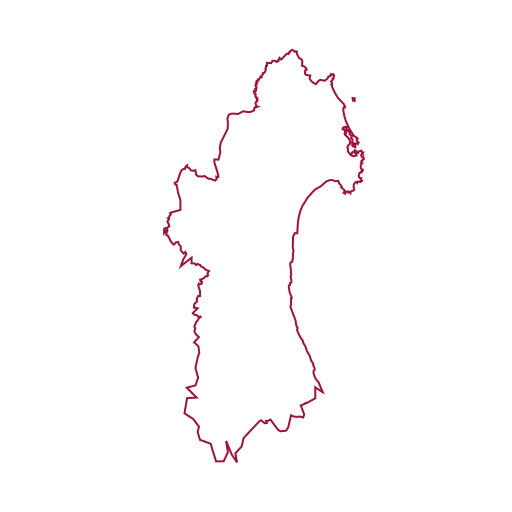 the district of West Coast, Western Cape, South Africa, rotated 193°
{"feature_id": "47623444B37444115609272", "entity_name": "West Coast", "entity_type": "district", "adm_level": 2, "iso_a3": "ZAF", "parent_name": "South Africa", "parent_adm1": "Western Cape", "projection": "mercator", "projection_center": [18.155, -32.059], "detail": "fine", "context": "isolated", "style": "outline", "palette": "rose", "viewbox_px": 512, "rotation_deg": 193, "n_neighbors": 0, "source": "geoboundaries", "source_scale": "gbopen_adm2", "svg_char_len": 6141}
<svg xmlns="http://www.w3.org/2000/svg" viewBox="0 0 512 512"><g transform="rotate(193 256 256)"><path d="M348.3,321.3L349.4,310.8L351.7,309.1L350.7,307.5L349.4,307.6L346.1,300.0L342.3,293.6L340.0,283.9L349.0,279.0L349.4,278.1L348.6,277.7L348.4,276.9L349.5,275.1L349.3,273.4L350.2,273.0L349.1,272.1L350.1,269.7L348.5,267.6L347.7,268.1L348.2,267.3L347.2,265.4L348.9,263.3L350.8,262.8L351.6,261.4L350.7,257.7L348.7,262.2L348.1,261.2L348.4,256.4L346.4,256.0L341.9,250.6L338.6,248.6L336.9,251.4L335.0,252.1L333.9,250.2L331.4,248.2L330.7,244.7L327.1,242.1L325.7,244.0L324.3,242.2L326.0,236.6L327.0,229.1L318.4,239.9L317.2,234.4L314.3,235.0L312.5,233.7L310.9,235.3L309.7,234.6L308.4,234.7L307.4,233.5L304.9,233.0L301.8,231.3L298.4,230.8L299.3,228.5L299.1,227.3L298.4,226.6L299.0,226.1L298.8,225.3L300.6,224.8L302.1,222.3L304.0,221.3L304.2,220.2L305.0,220.2L304.5,219.2L303.8,219.5L303.7,218.7L302.7,218.5L302.8,216.6L304.3,215.8L305.5,216.2L305.8,214.6L302.6,209.0L301.5,204.4L303.5,203.9L304.1,200.9L303.2,198.5L305.4,195.1L304.8,191.8L301.1,191.9L304.8,186.1L302.9,184.9L300.1,185.0L298.0,183.3L296.8,184.5L296.2,184.2L297.7,182.5L298.2,180.3L299.5,178.1L300.2,173.1L298.8,171.8L299.2,170.2L298.9,168.5L296.9,166.1L293.4,164.2L296.9,157.9L291.9,155.2L289.5,149.2L290.0,143.9L289.8,133.3L285.0,124.3L285.9,116.3L293.8,112.1L282.0,104.7L291.2,102.0L290.3,86.6L280.6,83.1L273.2,76.9L273.3,71.5L269.3,64.3L258.0,62.9L248.7,46.9L241.3,48.7L239.3,58.5L243.5,69.1L235.0,57.1L228.1,50.6L231.7,59.1L227.1,67.3L227.1,75.9L215.4,96.0L214.1,97.1L209.9,95.0L207.9,95.7L209.1,97.6L207.4,98.0L205.1,99.8L195.5,91.7L193.0,90.7L187.4,92.5L186.1,96.1L186.0,108.7L183.7,108.1L179.6,108.5L177.4,109.4L173.7,109.3L173.4,112.5L178.7,120.4L175.2,122.9L174.6,124.1L173.5,124.1L166.2,130.7L168.7,141.4L162.2,138.9L160.3,138.3L166.8,147.3L169.2,148.8L171.8,151.7L173.8,155.2L174.0,157.4L173.3,158.1L173.5,159.6L175.8,162.7L175.9,163.8L178.8,166.6L181.1,170.7L184.8,174.6L187.7,179.2L190.3,181.8L191.3,183.9L193.9,186.1L198.2,191.3L199.5,193.5L199.1,195.2L200.8,196.8L203.2,202.5L210.9,213.9L211.2,215.1L210.8,215.9L212.3,222.6L211.7,223.2L215.4,228.9L217.2,233.6L217.2,234.9L216.4,235.4L216.6,237.6L215.6,238.2L215.6,238.9L217.8,244.5L217.4,246.0L218.5,248.0L218.6,249.5L220.9,255.7L220.8,257.4L219.3,258.7L219.8,260.1L219.4,261.2L220.6,267.1L220.5,269.2L222.1,272.7L224.2,282.7L223.4,287.0L220.9,287.4L222.5,296.8L223.1,303.2L222.9,310.1L222.0,315.4L218.6,325.0L213.6,333.9L208.4,338.7L204.3,344.4L201.8,346.2L198.9,347.2L195.3,346.7L192.7,347.7L191.2,345.4L188.2,343.2L187.9,342.3L188.3,342.0L184.4,340.0L184.0,339.2L184.5,338.7L184.3,338.1L184.7,337.3L183.8,337.4L183.2,336.8L182.5,338.7L181.1,339.7L180.3,339.5L180.2,338.7L179.1,339.3L178.1,338.5L178.2,340.1L175.3,342.2L175.3,343.1L176.6,345.6L176.7,348.0L176.2,349.7L174.7,350.7L173.9,350.0L173.7,351.4L172.3,351.3L171.4,352.2L170.8,351.8L170.5,352.7L169.7,352.9L170.2,353.9L171.7,354.9L171.5,355.4L172.2,355.2L173.5,356.2L174.0,357.8L173.8,360.3L171.9,361.2L171.8,361.7L172.4,362.2L171.1,363.3L171.3,364.1L172.2,364.0L173.5,365.1L174.1,366.6L174.4,368.9L173.5,369.9L174.1,370.4L173.8,371.1L174.5,371.1L174.1,372.5L173.5,372.5L174.3,372.8L172.7,374.7L173.5,376.4L174.7,375.9L176.2,377.6L175.8,379.2L174.7,379.1L175.5,380.3L175.1,380.9L176.0,380.8L177.0,382.4L180.0,380.6L179.6,379.5L180.9,378.9L183.3,380.0L183.5,380.9L182.8,381.1L183.5,381.4L183.8,380.2L182.8,378.7L182.2,379.1L181.0,378.4L181.4,377.0L180.8,376.5L183.2,375.1L186.3,375.6L184.9,379.8L186.4,376.6L187.8,376.7L190.0,378.7L190.6,381.3L191.4,382.2L191.1,384.5L189.7,386.6L190.2,389.3L193.3,392.4L196.5,394.1L197.3,395.5L196.5,396.9L197.2,397.5L196.4,397.7L195.9,397.0L195.8,398.0L197.9,398.6L198.2,398.9L197.8,399.1L198.7,399.7L198.3,399.4L198.7,399.0L200.2,399.1L200.0,400.7L198.4,401.9L197.0,402.1L196.5,401.4L196.5,400.3L193.7,398.5L192.1,396.6L192.1,395.7L189.4,394.4L190.0,392.3L188.2,391.4L187.8,388.7L188.2,388.1L187.2,387.7L184.7,388.0L185.1,387.3L187.2,387.0L186.9,386.2L187.2,385.8L186.2,385.7L186.2,384.7L183.7,384.4L184.4,387.5L183.0,388.5L182.1,388.1L182.2,388.9L181.5,389.5L183.7,390.9L184.1,392.2L183.5,392.7L183.5,393.5L187.2,394.9L188.4,395.8L193.3,400.6L198.3,406.9L201.1,411.6L203.8,417.7L204.1,420.2L202.8,420.6L202.7,421.8L203.4,421.9L204.4,423.6L211.6,428.4L215.6,432.4L220.1,438.2L220.5,440.2L221.1,440.3L220.7,441.6L222.1,442.9L220.9,444.9L221.3,445.9L220.6,446.0L220.4,446.9L220.5,449.6L221.9,450.5L222.3,449.8L223.9,450.1L223.8,448.3L225.9,447.1L225.8,446.2L226.9,444.0L228.5,442.2L233.1,442.1L234.6,440.4L236.3,436.9L239.5,437.8L242.1,439.3L243.8,441.2L243.7,444.0L248.1,443.7L249.4,444.8L249.8,448.2L248.6,448.8L249.2,450.3L252.6,451.8L253.9,451.7L254.9,457.0L256.9,458.4L258.0,458.2L259.7,459.9L261.8,462.3L262.1,464.4L263.6,464.4L264.2,463.7L266.9,465.1L268.5,463.8L268.8,462.2L269.4,462.3L269.7,460.1L271.4,460.2L275.7,453.1L277.7,454.3L277.9,452.4L278.3,452.3L278.0,450.8L279.8,449.7L280.5,450.5L283.8,450.0L284.6,447.3L288.8,446.7L288.0,444.0L289.0,443.5L288.6,441.6L289.0,440.6L288.3,439.6L288.8,436.8L290.5,435.7L289.9,434.9L291.1,433.2L290.7,431.5L292.2,431.5L292.0,430.4L293.0,428.6L293.6,428.5L293.1,427.6L294.7,426.9L294.3,426.2L294.8,425.3L293.8,424.9L294.9,423.2L294.0,422.6L294.7,421.6L293.2,420.0L294.4,418.7L293.4,418.3L293.2,417.0L293.8,416.3L295.1,416.4L295.2,415.6L294.3,415.3L294.3,414.5L293.3,414.2L293.5,413.6L292.6,413.1L292.7,411.6L291.9,411.3L291.6,410.4L290.3,410.2L290.6,409.3L289.6,408.5L290.2,407.8L289.8,406.7L290.8,405.9L290.8,404.4L289.4,402.7L289.8,401.9L288.1,401.8L290.8,400.1L290.7,397.4L293.3,395.4L295.5,394.5L301.1,394.1L305.3,390.4L311.4,389.4L314.3,387.6L314.8,383.4L313.5,380.2L312.2,373.6L315.8,358.5L315.6,353.2L314.1,349.2L314.2,341.5L318.2,340.8L317.8,338.2L311.1,326.6L310.5,324.4L312.5,324.4L311.7,322.0L312.8,320.2L317.6,321.0L319.8,320.6L324.3,322.4L326.1,321.4L330.3,320.6L332.6,321.7L334.3,326.0L335.9,325.0L338.6,324.7L341.1,326.7L343.2,327.2L343.5,328.8L344.8,327.2L344.7,324.9L345.7,324.8L347.3,323.5L348.3,321.3ZM194.8,429.3L194.7,430.0L195.9,431.4L195.6,431.8L197.4,431.7L196.5,429.4L195.8,430.1L194.8,429.3Z" fill="none" stroke="#9f1239" stroke-width="2"/></g></svg>